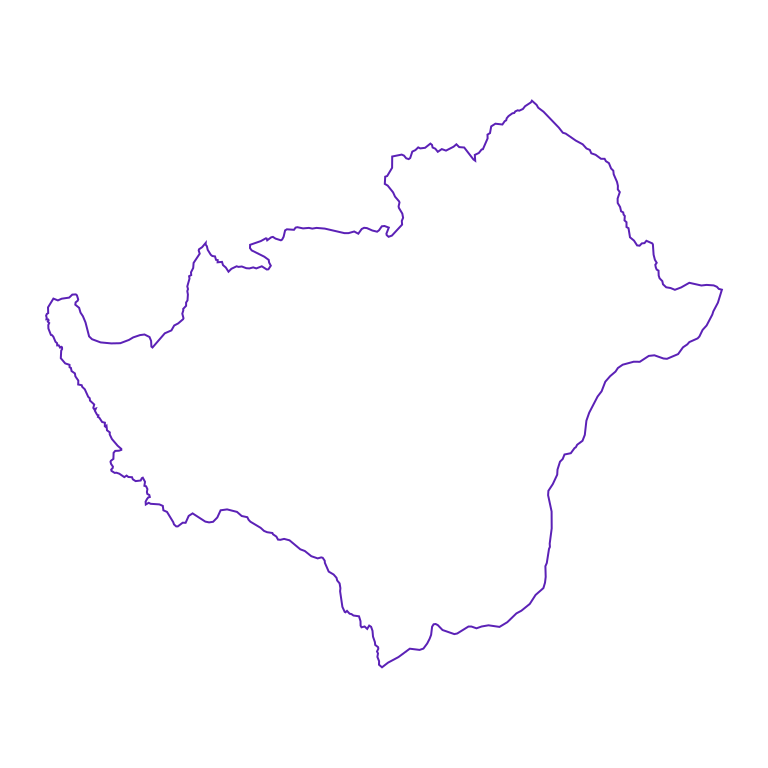 the district of San Carlos, Antioquia, Colombia
{"feature_id": "7082276B57278693475313", "entity_name": "San Carlos", "entity_type": "district", "adm_level": 2, "iso_a3": "COL", "parent_name": "Colombia", "parent_adm1": "Antioquia", "projection": "natural_earth1", "projection_center": [-74.94, 6.191], "detail": "fine", "context": "isolated", "style": "outline", "palette": "violet", "viewbox_px": 768, "rotation_deg": 0, "n_neighbors": 0, "source": "geoboundaries", "source_scale": "gbopen_adm2", "svg_char_len": 6060}
<svg xmlns="http://www.w3.org/2000/svg" viewBox="0 0 768 768"><path d="M53.4,298.6L48.0,307.4L48.2,313.1L46.8,314.0L46.1,315.7L46.7,317.8L46.4,319.4L48.1,319.4L48.6,320.2L47.8,321.6L49.2,323.0L48.3,325.0L48.4,328.5L50.9,334.9L52.1,335.2L53.4,336.8L55.5,341.8L57.1,343.2L57.2,345.4L58.7,345.3L60.1,347.6L61.2,346.8L62.0,347.3L62.1,349.1L61.2,350.6L60.8,358.2L65.2,363.4L69.5,364.8L69.6,367.3L70.9,367.9L71.6,371.1L74.9,373.4L75.4,376.4L78.3,380.6L78.2,384.5L81.7,385.2L82.2,386.8L84.8,389.3L88.2,396.8L89.7,398.2L90.0,400.6L94.2,404.5L93.3,407.9L94.2,409.2L95.8,408.6L94.9,410.8L97.1,414.8L98.4,415.3L97.9,416.9L99.3,417.7L102.1,422.0L104.9,422.7L104.8,426.2L105.5,426.8L106.5,425.8L107.0,430.3L109.8,432.4L109.7,434.4L111.9,439.0L117.6,445.7L121.3,448.9L121.3,449.9L119.0,450.7L115.2,450.9L113.6,452.8L113.4,458.9L110.9,460.8L110.5,461.8L111.1,464.0L112.9,466.6L112.7,468.0L111.2,469.6L111.5,470.9L114.7,472.9L116.4,472.7L119.3,473.7L124.3,477.1L126.6,475.6L128.4,477.0L132.0,477.2L132.8,479.3L135.6,481.1L140.7,480.5L141.8,478.2L142.8,477.7L145.0,481.8L144.4,485.8L146.1,486.3L147.4,489.1L146.9,492.0L147.3,493.9L149.3,495.0L149.8,497.0L148.2,497.5L146.9,499.2L145.6,501.7L145.8,504.5L148.7,502.8L150.6,503.8L159.4,504.4L162.8,505.9L163.4,510.3L167.0,511.9L173.2,522.1L174.0,524.4L176.2,526.4L177.8,526.4L182.7,522.7L185.6,522.8L188.7,515.9L192.6,513.4L205.3,521.6L209.1,522.4L213.1,521.8L217.3,517.5L220.6,510.3L227.1,509.4L237.0,511.9L241.7,516.0L247.3,517.2L248.6,519.8L250.4,521.7L260.6,527.8L264.0,530.9L267.1,532.2L272.4,533.0L273.0,534.3L276.4,536.6L278.0,539.6L280.4,539.8L284.1,538.9L289.5,540.3L300.3,549.3L304.8,551.0L311.3,556.2L317.7,558.4L321.2,557.4L322.7,557.8L324.7,560.7L324.9,562.9L328.7,571.6L333.6,574.5L336.5,577.8L337.2,580.5L339.6,583.4L340.4,588.2L340.1,591.3L342.4,606.9L344.7,611.9L345.5,612.3L347.0,610.9L349.6,613.7L351.5,614.1L353.4,615.5L359.0,616.3L360.5,621.2L360.6,625.7L361.5,627.3L364.6,626.5L367.2,628.9L369.2,625.6L371.1,626.8L372.5,630.8L373.0,636.6L374.9,642.1L375.2,644.9L378.1,647.2L378.3,648.8L377.0,651.5L378.0,653.4L377.4,656.9L379.1,661.2L379.0,664.7L382.0,667.3L388.1,662.6L398.4,657.1L409.8,648.7L419.6,649.9L423.4,648.6L427.2,643.5L429.6,638.8L431.1,634.9L432.1,626.7L433.6,624.3L435.6,624.0L437.8,625.1L442.5,630.0L454.3,634.1L457.2,633.5L468.5,626.5L471.3,626.5L476.5,628.3L481.6,626.5L488.5,625.3L499.5,626.9L507.3,622.2L516.4,613.4L521.4,610.7L529.8,603.9L535.6,594.9L543.4,588.1L545.0,582.7L545.7,576.9L545.4,566.2L546.8,563.0L549.0,548.9L549.9,546.9L549.7,543.6L551.7,528.4L551.6,511.5L548.1,495.2L548.4,490.8L552.8,484.1L557.2,474.7L557.5,469.6L560.0,461.7L562.7,459.0L564.5,454.5L570.8,453.2L574.6,448.0L575.8,447.3L577.2,444.7L582.5,440.8L584.8,434.9L586.4,420.7L589.2,412.7L597.6,396.5L601.6,391.3L605.3,381.7L610.1,376.2L615.5,371.6L617.9,368.0L622.7,364.7L633.8,361.7L639.8,361.8L648.8,355.9L654.4,355.3L663.5,358.5L667.0,358.8L678.1,354.1L683.0,347.3L687.3,344.4L689.3,342.1L697.6,338.4L699.4,336.5L702.6,329.9L706.6,325.5L712.3,314.6L713.3,311.4L717.9,302.7L721.9,289.7L718.8,288.9L716.9,286.8L713.7,285.4L706.6,284.9L701.4,285.5L689.3,282.8L681.2,287.4L674.9,289.8L670.5,288.0L666.2,287.3L663.0,284.3L662.3,281.1L659.6,278.3L658.7,275.6L658.5,270.6L656.7,269.6L655.8,267.4L655.3,264.8L656.7,262.8L654.9,259.8L653.6,254.7L652.9,244.5L652.3,243.4L646.4,240.8L644.5,243.1L641.8,243.4L639.6,245.7L637.1,245.4L634.0,240.6L630.0,237.3L628.5,228.2L626.5,227.0L626.5,222.2L624.5,220.4L624.8,216.0L623.6,214.6L623.2,212.4L621.1,211.3L620.1,207.0L617.7,203.0L617.6,198.6L619.8,192.1L617.8,189.4L617.9,185.8L617.0,181.9L613.7,174.3L613.3,170.7L611.1,168.5L608.9,163.1L605.9,161.2L604.6,158.8L601.0,158.8L595.6,154.8L591.3,153.3L589.8,149.9L586.5,148.5L582.7,144.3L575.8,140.6L565.7,133.6L562.8,132.7L558.8,127.6L543.5,111.7L538.2,107.7L536.6,104.9L531.9,100.7L530.9,102.4L525.1,106.2L522.9,109.0L519.2,110.7L517.7,110.3L515.3,111.4L514.2,113.0L512.4,113.3L508.5,116.1L506.7,118.3L506.2,120.3L504.7,121.2L502.4,124.5L495.4,123.7L491.2,126.4L490.0,133.1L487.5,134.6L487.6,138.4L482.9,149.2L481.6,149.5L478.8,153.0L474.8,154.9L475.2,160.7L473.4,159.4L464.2,147.5L459.2,147.1L456.4,144.3L453.6,146.7L446.0,150.6L441.8,149.1L437.8,151.8L435.3,148.7L432.6,147.5L432.0,144.9L430.4,143.6L425.1,147.8L420.3,148.4L418.2,147.4L415.4,150.1L412.3,151.6L410.2,158.0L408.7,159.1L406.2,158.3L404.0,155.6L401.7,154.6L392.2,156.5L392.1,167.8L387.2,176.0L385.2,176.7L384.8,183.9L387.7,185.6L393.1,192.4L395.0,196.6L399.1,201.4L399.5,202.5L398.6,206.3L398.9,207.9L402.3,213.6L403.1,217.8L401.8,220.9L402.1,224.6L391.9,235.6L388.6,236.8L386.7,235.1L386.4,233.7L388.8,227.6L384.5,226.0L381.8,226.3L379.0,230.3L377.1,231.7L372.3,230.5L366.9,228.1L364.1,227.8L361.7,229.0L358.3,233.7L354.2,231.5L348.6,233.1L344.3,233.1L324.8,228.6L316.5,227.9L312.3,228.6L308.9,227.9L303.0,228.4L297.4,227.2L295.6,227.6L294.0,229.8L286.9,229.3L285.1,230.4L283.6,236.8L282.1,239.6L280.9,240.3L275.5,238.6L272.9,236.9L271.2,237.3L267.2,240.3L266.6,238.5L265.9,238.3L260.8,241.1L250.1,244.8L250.0,248.1L251.7,250.4L264.3,256.7L268.7,259.9L269.1,262.5L270.8,265.7L268.4,269.3L266.8,269.5L261.8,266.3L256.3,268.4L253.2,267.4L249.4,268.4L246.3,268.2L241.8,266.5L238.5,266.9L236.6,266.3L231.4,268.8L228.5,271.7L225.8,267.5L223.0,265.1L222.0,261.9L217.6,262.3L217.7,260.1L216.0,259.8L215.0,256.4L212.3,256.0L210.8,254.8L207.7,249.8L206.9,246.3L205.6,244.5L205.7,242.9L202.1,247.2L199.0,249.3L198.7,250.5L199.7,253.7L193.6,262.9L193.2,268.0L191.0,272.3L191.2,275.1L189.1,276.2L189.5,278.6L187.3,286.4L188.0,289.1L187.3,291.1L187.9,294.5L187.5,300.4L186.1,302.5L186.1,305.8L183.2,308.9L183.3,310.4L182.3,313.7L183.5,318.2L183.1,319.2L178.2,323.4L174.2,325.5L171.4,330.4L164.8,333.3L152.5,347.5L151.4,346.6L151.1,340.9L149.5,337.0L144.5,334.5L140.0,335.1L133.2,337.4L129.0,339.9L120.3,343.2L111.2,343.4L100.6,342.4L92.0,339.2L89.1,336.4L85.5,322.4L82.9,316.2L80.5,312.6L79.1,307.8L75.3,304.7L75.6,302.4L77.7,300.7L78.2,299.4L76.9,295.3L75.8,294.4L72.3,294.6L69.2,297.6L61.7,298.7L57.9,300.4L53.4,298.6Z" fill="none" stroke="#5b21b6" stroke-width="2"/></svg>